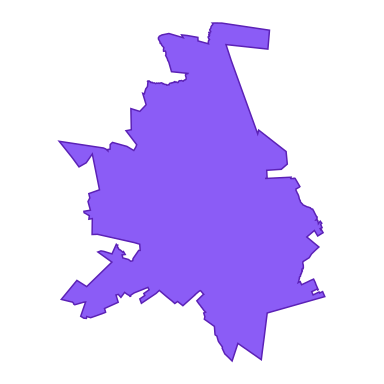 outline of Pánuco de Coronado, Durango, Mexico
{"feature_id": "50627088B1013780118073", "entity_name": "Pánuco de Coronado", "entity_type": "district", "adm_level": 2, "iso_a3": "MEX", "parent_name": "Mexico", "parent_adm1": "Durango", "projection": "robinson", "projection_center": [-104.338, 24.505], "detail": "fine", "context": "isolated", "style": "filled", "palette": "violet", "viewbox_px": 384, "rotation_deg": 0, "n_neighbors": 0, "source": "geoboundaries", "source_scale": "gbopen_adm2", "svg_char_len": 5833}
<svg xmlns="http://www.w3.org/2000/svg" viewBox="0 0 384 384"><path d="M61.3,299.4L71.0,301.8L72.5,302.1L73.6,303.3L73.7,304.0L74.6,304.7L74.9,304.7L83.7,302.2L85.6,302.0L80.7,316.3L83.8,318.2L86.4,318.4L86.8,316.5L90.6,317.7L95.6,316.0L104.4,312.8L105.6,312.3L105.5,311.8L104.5,308.5L118.2,302.3L116.0,295.0L118.3,294.4L120.9,297.4L123.3,294.2L124.6,292.4L127.3,294.4L128.1,294.8L128.6,295.1L129.1,295.3L129.6,295.9L130.0,296.4L130.6,296.3L130.7,295.3L132.3,294.1L134.4,292.8L147.9,287.4L149.1,289.8L143.8,293.5L144.8,295.5L139.8,298.9L141.4,303.3L156.1,293.4L159.3,290.4L166.8,296.8L171.9,300.9L174.8,303.5L177.6,301.5L182.9,305.7L195.0,294.9L194.9,294.8L199.0,291.3L200.3,290.5L200.2,290.3L200.3,290.4L200.5,290.6L203.7,294.3L203.3,294.5L201.0,296.7L196.8,300.8L198.9,303.8L200.3,305.5L200.6,305.9L201.6,307.4L201.9,307.6L203.0,309.2L204.4,311.0L205.6,312.1L203.7,313.0L204.9,316.7L204.3,319.2L214.4,326.4L214.8,331.8L215.0,334.1L215.1,334.8L216.9,336.1L217.5,338.3L218.3,341.1L219.2,342.6L222.4,347.0L222.2,348.3L224.8,353.9L228.4,357.3L232.1,361.0L237.9,343.4L261.3,359.7L262.2,352.3L264.2,337.1L267.2,313.0L324.8,296.6L322.6,291.6L319.6,293.0L319.1,292.0L313.1,294.9L311.7,291.7L317.2,289.0L317.7,290.0L318.2,289.7L315.7,284.0L315.6,283.4L315.1,282.2L313.6,279.1L310.6,280.4L309.0,281.2L307.6,281.9L304.6,283.3L304.2,283.5L301.6,284.7L301.1,283.7L300.2,281.6L298.2,282.6L298.8,280.9L299.1,279.5L299.4,278.3L299.5,278.1L299.4,277.2L299.5,277.0L299.7,276.8L300.4,276.3L300.6,275.7L300.4,275.0L300.5,274.6L301.2,274.0L301.3,273.7L301.1,273.5L301.3,273.1L301.5,272.9L301.5,272.6L301.9,272.0L301.8,270.9L301.9,270.7L302.1,271.0L302.3,271.0L302.3,270.9L302.3,270.5L302.0,270.1L302.0,269.1L302.4,269.0L302.6,268.8L302.8,268.7L302.8,268.9L303.0,268.9L303.2,268.5L303.0,268.1L303.1,267.8L303.4,267.4L303.3,266.2L303.3,265.3L303.1,264.4L302.9,264.1L302.8,263.6L302.9,263.2L302.8,262.5L302.9,262.0L303.2,261.5L309.2,257.7L311.5,254.0L315.6,250.0L318.9,247.0L306.8,237.0L314.4,230.5L316.1,233.3L317.7,236.0L320.3,234.4L323.1,232.7L321.4,229.7L320.9,230.0L320.1,228.6L322.1,227.7L321.4,226.1L320.7,224.4L321.8,223.2L321.6,223.0L321.3,222.6L321.2,222.4L321.1,222.2L320.6,221.8L320.2,221.2L320.0,221.5L319.9,221.6L318.4,223.6L318.3,222.6L318.2,222.1L317.6,221.0L317.8,220.6L317.2,219.8L316.0,220.0L317.0,218.7L317.1,217.1L316.8,217.1L314.7,213.1L313.8,211.2L312.6,209.1L311.6,209.0L311.1,208.6L310.2,207.7L309.7,207.6L308.0,207.0L307.2,206.9L303.7,205.2L303.3,205.1L302.9,204.7L302.5,204.1L302.2,203.8L301.4,203.0L300.4,201.8L300.3,200.8L299.7,199.7L299.2,198.6L299.1,197.8L298.9,196.8L298.6,195.9L298.5,195.5L297.8,193.9L297.3,193.2L296.9,192.2L296.4,191.1L296.0,190.5L296.0,190.1L296.0,189.0L299.1,187.3L299.9,186.6L295.1,178.4L294.5,178.2L294.2,178.2L293.9,178.2L293.7,178.6L293.1,178.5L292.7,178.5L292.0,178.6L291.1,178.6L290.7,178.5L291.1,177.2L265.1,178.5L267.1,178.0L266.7,170.3L281.3,169.3L287.3,164.1L286.1,151.5L258.7,130.1L257.7,133.9L231.2,60.5L226.0,44.6L267.9,49.1L269.5,30.2L221.9,23.1L214.4,23.0L212.4,23.1L212.6,23.3L212.8,23.5L212.9,24.0L212.8,24.3L212.6,24.7L212.0,25.4L211.6,25.8L211.0,26.9L210.9,27.8L210.7,28.3L209.7,29.8L209.8,30.2L210.2,30.6L210.6,31.1L210.7,31.4L210.7,31.8L210.3,32.1L209.8,32.3L209.0,32.3L208.8,32.5L208.9,32.8L209.3,33.0L209.6,33.1L209.8,33.4L209.8,33.8L209.6,34.0L209.1,34.2L208.8,34.5L208.8,34.8L209.2,35.2L209.4,35.3L209.5,35.6L209.3,35.9L209.3,36.1L209.2,36.3L208.6,36.3L208.2,36.8L208.2,37.4L208.5,38.1L209.3,39.3L209.5,39.6L209.4,39.7L209.3,39.9L209.0,39.9L208.6,40.3L208.2,42.6L208.4,43.4L208.5,43.8L198.0,40.9L197.9,37.4L187.2,35.5L181.6,34.9L183.2,37.7L168.9,33.5L162.0,34.9L159.4,36.2L158.4,37.8L158.5,38.3L158.4,38.6L158.4,39.0L159.3,40.6L159.5,40.8L160.1,42.3L160.0,42.9L160.4,43.5L160.9,43.4L161.4,44.3L161.8,45.3L163.3,47.0L163.8,47.4L163.6,48.9L163.4,49.9L163.4,50.0L163.6,50.5L163.6,51.2L165.3,51.1L165.6,51.6L165.9,52.7L165.9,53.4L166.0,54.2L165.6,55.4L167.4,58.9L167.6,60.0L168.8,62.2L171.5,71.7L187.9,73.4L187.7,73.7L187.1,73.6L186.0,74.2L185.5,74.8L185.5,75.6L185.7,76.3L186.1,77.3L186.1,78.9L185.8,79.5L185.1,79.9L184.5,80.0L184.1,80.4L183.6,80.7L183.3,81.1L182.8,81.1L182.2,80.8L181.5,80.5L180.5,80.8L179.7,80.7L179.4,80.8L179.1,81.0L178.6,81.4L178.5,81.8L178.3,82.1L178.0,82.6L177.5,82.6L177.2,82.5L177.1,82.4L176.9,82.3L176.7,82.1L176.2,82.0L175.7,82.3L175.4,82.2L175.2,82.0L174.9,81.6L174.7,81.6L174.3,81.7L174.2,81.9L174.1,82.4L173.9,82.5L173.5,82.4L173.1,82.5L172.6,82.8L172.3,82.8L172.2,82.7L171.9,82.7L171.7,82.9L171.2,83.2L170.5,83.1L170.0,83.2L169.4,83.8L169.0,84.8L168.3,84.7L167.5,85.1L166.8,85.2L166.2,84.5L165.2,84.4L164.2,84.3L163.6,83.6L162.7,83.7L162.1,83.0L161.5,82.8L160.8,82.9L159.6,83.4L158.9,83.0L158.6,83.1L158.0,83.4L157.2,83.2L156.8,83.0L156.5,83.1L156.2,83.3L155.9,83.5L155.7,83.6L154.7,83.1L154.4,82.9L153.8,83.0L152.8,82.9L152.4,82.4L151.5,82.3L151.3,82.6L150.9,82.6L150.7,82.5L150.5,82.0L150.2,81.7L149.8,81.6L149.2,81.0L149.0,80.9L148.7,81.1L148.4,81.0L148.0,81.0L147.6,81.1L147.5,81.3L148.1,82.0L147.9,82.3L147.5,86.5L145.7,89.0L144.3,93.9L142.7,93.3L146.1,104.7L145.7,105.2L139.8,111.4L130.9,108.6L131.3,129.7L126.0,130.7L136.7,144.7L135.8,147.1L133.8,150.5L126.9,146.4L112.5,142.4L110.2,144.5L110.1,149.1L107.8,149.5L107.9,150.9L105.8,149.0L103.5,148.0L59.2,141.3L72.1,157.5L79.0,166.9L86.2,162.8L92.3,154.0L99.5,189.8L88.8,193.6L89.8,198.0L88.0,201.5L90.4,210.2L83.9,211.3L84.1,212.7L89.3,215.7L88.9,219.2L92.3,218.6L92.1,234.5L97.4,234.3L134.3,242.6L139.7,244.2L140.2,250.4L138.7,250.4L133.1,258.5L132.7,260.7L130.8,261.3L128.5,259.5L122.8,257.9L122.1,254.9L125.2,254.5L123.5,251.6L122.9,252.2L120.3,250.0L119.0,249.5L118.3,247.9L117.4,247.6L117.7,245.1L117.0,245.1L116.3,244.3L112.0,253.9L103.9,251.4L101.6,251.0L100.9,250.9L97.9,252.0L111.9,262.1L86.7,286.6L76.9,280.4L61.3,299.4Z" fill="#8b5cf6" stroke="#5b21b6" stroke-width="1.5"/></svg>